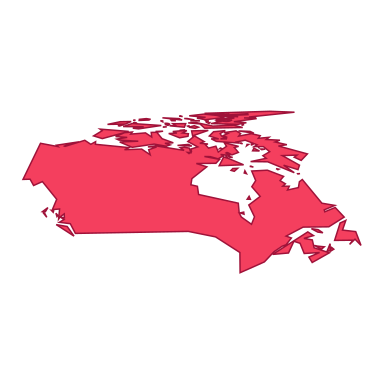 map outline of Canada (Equal Earth projection)
{"feature_id": "CAN", "entity_name": "Canada", "entity_type": "country or territory", "adm_level": 0, "iso_a3": "CAN", "parent_name": "North America", "parent_adm1": "", "projection": "equal_earth", "projection_center": [-89.555, 62.395], "detail": "fine", "context": "isolated", "style": "filled", "palette": "rose", "viewbox_px": 384, "rotation_deg": 0, "n_neighbors": 0, "source": "natural_earth", "source_scale": "50m", "svg_char_len": 6144}
<svg xmlns="http://www.w3.org/2000/svg" viewBox="0 0 384 384"><path d="M56.7,199.3L42.4,181.6L33.6,185.5L30.1,179.2L23.0,179.4L40.5,143.3L58.0,146.6L56.5,145.2L79.1,141.8L67.5,144.7L64.4,146.1L65.0,146.4L84.8,140.3L90.8,144.3L95.6,141.7L95.4,144.3L129.0,147.6L124.5,149.7L141.7,149.1L150.2,154.8L148.7,149.7L156.6,147.0L147.9,146.9L155.4,145.8L184.1,150.4L180.3,147.7L184.5,147.3L189.3,148.1L190.9,152.6L187.5,152.4L189.5,154.0L188.8,152.9L190.9,152.8L191.5,151.7L191.0,149.0L197.8,146.9L187.8,141.5L194.5,135.9L204.2,141.6L199.8,143.3L208.0,144.0L205.3,144.6L208.5,148.1L215.9,146.2L218.3,152.0L226.5,146.3L224.2,142.7L238.6,146.4L234.3,147.5L238.4,152.4L231.9,154.9L227.9,152.7L226.9,152.5L226.0,153.0L230.4,155.5L220.6,154.4L223.2,155.9L218.1,158.8L210.2,156.6L204.4,156.5L219.6,159.4L215.9,163.3L196.3,163.5L206.8,166.8L191.9,178.6L190.9,184.8L197.4,186.3L198.6,194.5L238.3,203.2L239.2,213.0L241.3,217.0L251.5,224.3L254.5,216.8L248.8,205.0L260.2,196.4L251.8,186.7L255.7,180.6L251.7,171.0L267.4,170.2L283.6,176.4L280.0,180.6L285.4,183.8L282.8,186.2L289.3,186.2L287.5,190.0L298.4,187.6L299.4,181.7L302.3,179.5L321.9,203.2L334.8,205.4L324.2,209.9L324.8,211.8L335.2,207.5L344.2,217.1L328.8,226.8L303.1,227.1L286.1,236.1L291.4,238.0L286.0,244.8L282.3,246.1L274.1,251.6L264.4,261.9L240.1,272.7L239.9,252.5L215.6,236.9L188.3,231.4L75.4,233.4L70.3,223.7L59.3,222.3L64.1,219.5L60.3,217.1L64.4,217.8L64.2,213.9L60.2,216.8L58.6,219.1L59.6,209.0L52.4,209.6L56.7,199.3ZM220.5,138.9L226.3,138.9L226.6,137.0L222.6,135.9L227.8,133.5L223.9,132.6L236.1,130.9L240.6,133.5L238.7,136.1L251.4,133.7L260.2,135.7L258.3,138.3L269.0,137.3L266.2,139.5L279.9,140.2L275.1,142.0L286.9,144.7L278.4,146.0L307.4,153.9L301.2,160.4L294.2,157.2L297.0,155.1L282.3,155.6L299.5,165.2L298.0,169.6L283.6,165.2L294.3,172.7L267.7,161.8L250.6,161.6L266.2,158.3L262.9,155.7L269.7,151.7L263.4,146.6L254.2,146.6L257.1,144.8L245.2,140.2L236.9,141.9L239.4,143.1L216.3,141.4L211.2,138.8L218.7,138.9L209.3,136.0L213.6,131.7L225.3,130.6L220.1,133.6L221.6,136.1L225.6,137.8L220.5,138.9ZM269.8,111.3L294.5,112.2L249.0,117.0L256.2,117.9L244.0,117.9L256.7,118.6L233.8,121.7L246.4,122.7L238.0,124.3L210.8,123.6L219.3,121.9L215.5,120.6L226.4,121.5L229.1,121.3L232.1,120.1L216.9,119.7L219.2,118.5L229.9,118.5L234.4,118.1L220.0,115.6L238.2,116.8L230.5,115.5L248.7,114.6L243.1,114.4L248.5,113.6L224.0,115.2L219.6,115.0L229.5,114.1L216.3,114.9L211.7,114.5L220.0,114.3L224.6,113.9L204.5,113.3L269.8,111.3ZM130.7,134.1L145.5,132.9L151.7,137.0L151.2,132.4L156.8,132.3L162.1,138.7L173.3,142.8L164.9,143.3L170.1,144.9L166.3,146.2L154.1,144.1L132.2,147.3L119.7,142.0L138.3,141.2L119.0,140.1L116.8,139.1L127.2,137.4L115.6,136.6L124.5,132.7L132.3,132.0L130.7,134.1ZM304.2,253.5L300.1,243.3L293.9,241.3L288.5,253.0L272.7,254.4L307.8,231.9L313.5,235.6L303.9,238.4L312.3,239.9L314.1,247.8L329.4,252.8L312.2,262.5L308.9,257.1L319.6,252.5L304.2,253.5ZM100.0,129.1L128.7,131.4L102.3,138.6L93.6,135.9L102.2,130.7L100.0,129.1ZM203.9,114.1L216.5,115.4L224.5,117.5L205.2,119.7L196.9,118.1L205.6,117.3L189.2,115.8L203.9,114.1ZM196.3,122.6L212.8,126.1L233.9,125.2L242.7,127.5L204.7,128.2L199.9,123.9L188.2,122.9L196.3,122.6ZM132.2,123.5L161.3,125.5L138.5,128.9L132.8,128.2L143.7,126.7L123.2,126.6L132.2,123.5ZM345.8,220.4L342.5,230.1L355.7,231.6L361.0,245.4L355.0,239.2L349.6,244.4L352.8,240.2L334.6,240.4L340.1,223.0L345.8,220.4ZM172.8,131.5L180.4,130.8L186.9,130.6L182.5,133.0L188.4,133.7L188.0,136.3L179.6,137.8L168.7,133.5L177.0,133.1L172.8,131.5ZM223.7,157.0L228.3,158.4L243.6,164.8L219.2,165.7L223.7,157.0ZM191.6,130.9L208.3,130.4L192.6,135.8L191.6,130.9ZM131.2,121.5L125.2,124.1L107.5,124.4L120.3,121.7L131.2,121.5ZM185.7,123.6L184.4,127.2L169.6,125.8L175.3,125.3L173.0,123.7L185.7,123.6ZM162.4,117.8L179.2,118.6L182.1,120.1L162.4,117.8ZM56.2,224.6L67.2,226.5L74.0,236.1L56.2,224.6ZM238.5,130.9L250.1,131.4L253.9,133.2L238.5,130.9ZM177.5,145.4L188.4,144.4L191.8,146.1L177.5,145.4ZM198.4,127.2L195.2,128.3L188.8,127.2L194.3,125.7L198.4,127.2ZM187.1,118.5L194.5,119.9L184.2,118.5L187.1,118.5ZM253.9,148.2L259.5,151.0L252.6,150.8L253.9,148.2ZM141.5,120.1L149.7,120.0L138.4,120.5L141.5,120.1ZM163.1,131.2L157.9,132.0L155.5,131.4L163.1,131.2ZM330.1,243.7L330.2,250.4L331.6,247.4L333.8,249.2L330.6,251.2L327.3,250.6L330.1,243.7ZM146.3,118.6L150.7,119.3L138.7,119.4L146.3,118.6ZM322.9,232.8L317.8,232.1L311.4,228.7L318.1,229.6L322.9,232.8ZM237.7,168.3L234.3,171.3L231.0,170.4L232.8,168.5L237.7,168.3ZM42.5,211.6L47.9,207.6L45.3,211.8L42.5,211.6ZM190.3,120.9L198.5,120.6L199.9,120.9L190.3,120.9ZM170.1,124.0L168.0,125.4L164.8,124.5L170.1,124.0ZM314.3,245.4L317.4,246.1L324.3,246.8L321.5,249.2L314.3,245.4ZM244.9,170.8L246.5,173.7L244.2,173.0L244.9,170.8ZM124.2,124.5L119.6,126.0L117.9,125.7L124.2,124.5ZM209.0,121.0L206.4,121.6L205.9,121.1L209.0,121.0ZM162.7,120.9L162.8,121.9L160.4,120.7L162.7,120.9ZM43.0,212.5L44.9,213.7L46.8,217.3L43.0,212.5ZM243.7,212.1L244.0,214.2L240.2,212.9L243.7,212.1ZM180.4,115.8L182.6,116.6L179.1,116.1L180.4,115.8ZM166.8,126.8L163.6,127.2L162.9,126.9L166.8,126.8ZM164.4,123.3L167.1,123.3L169.2,123.7L164.4,123.3ZM55.9,213.2L57.9,215.5L57.0,216.6L55.9,213.2ZM265.2,149.1L261.7,149.7L260.7,149.0L265.2,149.1ZM249.1,196.3L250.4,199.3L247.2,199.2L249.1,196.3ZM135.4,119.9L134.3,120.6L133.2,120.2L135.4,119.9ZM185.2,129.8L181.0,130.5L179.6,130.3L185.2,129.8ZM250.8,166.1L253.4,167.1L249.8,166.4L250.8,166.1ZM246.6,145.8L247.1,144.4L248.5,144.5L246.6,145.8ZM221.4,148.4L219.6,148.7L220.4,148.0L221.4,148.4ZM175.9,120.7L171.7,120.7L171.4,120.4L175.9,120.7ZM241.0,142.9L242.6,143.8L239.8,143.2L241.0,142.9ZM209.6,122.7L209.0,123.5L207.7,122.9L209.6,122.7ZM228.3,156.0L232.7,157.5L229.6,157.2L228.3,156.0ZM135.9,122.6L136.4,123.0L133.0,122.8L135.9,122.6ZM300.0,173.6L297.9,174.0L297.7,173.7L300.0,173.6ZM253.6,144.3L251.5,144.9L251.4,144.2L253.6,144.3ZM227.4,156.9L226.2,157.2L226.0,156.3L227.4,156.9ZM189.6,125.6L188.0,126.4L187.6,126.1L189.6,125.6ZM278.9,169.2L277.9,169.7L276.1,168.6L278.9,169.2ZM259.6,146.8L258.6,147.4L258.3,147.0L259.6,146.8ZM244.1,124.5L242.6,125.2L241.5,125.1L244.1,124.5ZM53.6,211.0L53.2,212.3L51.5,210.5L53.6,211.0Z" fill="#f43f5e" stroke="#9f1239" stroke-width="1.5"/></svg>